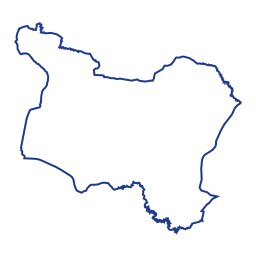 Phon Na Kaeo, Sakon Nakhon, Thailand (Mercator projection)
{"feature_id": "78962969B15613866978457", "entity_name": "Phon Na Kaeo", "entity_type": "district", "adm_level": 2, "iso_a3": "THA", "parent_name": "Thailand", "parent_adm1": "Sakon Nakhon", "projection": "mercator", "projection_center": [104.325, 17.213], "detail": "fine", "context": "isolated", "style": "outline", "palette": "blue", "viewbox_px": 256, "rotation_deg": 0, "n_neighbors": 0, "source": "geoboundaries", "source_scale": "gbopen_adm2", "svg_char_len": 5718}
<svg xmlns="http://www.w3.org/2000/svg" viewBox="0 0 256 256"><path d="M176.4,232.7L177.9,230.4L178.0,229.5L178.4,229.4L178.1,228.8L179.2,228.0L178.9,227.7L179.3,227.7L179.7,226.8L181.1,228.2L181.5,227.7L182.4,228.2L183.0,228.0L184.0,228.9L185.1,229.2L185.8,228.6L186.8,228.6L187.1,228.0L187.6,228.1L188.2,227.6L189.0,228.2L189.7,227.9L190.5,227.2L190.8,225.6L191.7,225.1L192.2,223.6L199.6,221.7L200.5,220.4L202.4,221.0L202.1,218.4L203.4,213.6L203.6,211.5L201.5,211.1L207.2,204.2L208.6,203.6L212.4,199.0L217.3,196.5L210.6,195.1L207.2,192.3L201.3,190.5L199.6,187.7L201.7,179.4L201.2,168.6L202.0,160.3L203.0,157.2L204.8,154.8L211.5,150.6L213.5,149.0L215.4,146.4L215.9,144.8L216.2,140.8L221.2,129.8L224.4,124.2L231.4,115.2L232.9,112.7L233.7,110.4L235.2,107.7L237.1,105.5L240.6,103.1L240.5,102.0L239.8,101.8L238.7,100.6L237.7,100.8L237.7,100.2L237.3,100.0L236.6,100.5L236.0,100.4L235.9,99.0L233.7,97.8L233.1,96.2L231.2,95.9L231.5,95.1L230.8,95.0L231.1,94.5L231.7,94.3L231.5,93.8L231.9,93.1L231.7,92.4L231.9,91.5L232.4,91.3L232.1,90.7L232.4,90.3L232.2,89.2L232.5,88.9L232.4,88.6L231.3,88.5L231.4,87.8L230.9,87.3L230.4,87.5L229.8,86.8L229.8,86.2L229.3,86.4L229.3,85.8L228.6,85.9L227.9,84.1L228.3,83.5L227.8,83.5L228.1,83.1L228.0,82.3L227.3,82.5L226.8,82.0L226.4,82.2L225.4,81.8L225.0,82.8L224.6,81.8L223.7,82.2L223.8,81.6L222.7,80.1L223.0,79.5L222.3,79.4L222.5,78.1L221.8,78.0L221.7,76.9L220.8,76.3L221.2,75.4L220.4,75.4L220.4,74.4L219.6,73.9L219.5,72.7L218.4,71.3L217.1,70.6L217.2,69.1L216.8,68.9L216.8,68.3L216.1,67.8L215.7,66.7L214.5,65.8L213.7,66.1L211.5,65.1L211.0,65.5L210.2,65.1L208.9,65.2L208.6,64.7L208.1,65.1L207.5,65.1L205.0,63.9L204.0,64.1L203.1,63.3L201.9,64.1L200.2,63.4L197.4,63.7L194.4,61.5L193.4,60.4L191.2,59.4L190.0,58.3L183.7,56.6L182.0,56.7L179.4,57.6L176.3,57.6L175.3,58.4L173.4,61.8L170.9,64.6L167.5,65.8L164.6,65.7L162.6,69.1L154.8,73.6L153.9,78.3L152.7,80.7L150.4,80.6L148.7,81.1L144.9,81.5L140.2,81.0L137.0,79.5L131.6,80.6L120.5,78.7L116.1,79.0L114.3,78.2L111.7,78.3L106.6,77.1L104.2,77.2L103.9,76.0L102.6,75.3L94.7,75.0L94.4,74.8L93.9,69.9L95.7,68.5L97.0,68.6L98.1,67.9L99.1,66.4L99.4,65.3L98.6,62.3L95.5,61.3L95.6,60.3L93.3,59.6L90.0,53.8L86.3,53.6L83.2,52.5L82.0,51.5L80.0,51.3L79.3,51.5L78.9,51.0L78.1,51.9L76.8,50.7L74.5,50.1L74.0,50.5L73.5,49.8L73.2,50.1L72.8,49.7L71.7,49.6L71.7,49.2L71.0,49.0L70.8,49.3L70.6,48.8L69.7,48.7L69.6,48.4L68.1,49.1L67.2,48.6L66.3,48.6L66.2,48.2L65.8,48.1L65.5,48.4L64.6,48.1L64.2,48.5L63.5,47.3L62.9,47.7L62.2,47.4L61.9,47.8L61.6,47.2L59.6,47.8L59.2,47.3L60.2,46.0L61.2,42.1L61.9,41.2L61.0,40.5L62.2,38.3L60.4,36.6L56.7,34.3L51.2,32.9L46.1,33.3L44.9,33.1L44.2,32.3L43.3,32.5L42.7,33.0L42.0,32.4L41.0,32.4L41.2,31.9L41.0,30.9L41.2,30.6L40.6,30.1L41.7,29.1L41.2,28.8L41.2,28.3L41.6,28.3L41.1,27.8L41.6,27.6L41.0,27.4L41.4,27.0L41.2,26.2L40.7,26.1L41.1,25.8L40.8,25.5L41.2,24.6L40.3,24.6L39.7,23.3L36.7,24.5L36.7,26.5L35.8,30.0L34.0,29.6L33.3,29.8L32.7,29.5L32.7,29.1L32.3,28.8L31.3,29.0L30.2,28.3L29.2,28.3L28.5,27.7L28.1,26.4L27.3,26.0L23.3,26.9L19.0,28.8L19.0,29.6L18.4,30.2L18.3,31.3L17.6,32.4L16.9,35.0L16.6,37.2L17.0,40.0L16.0,40.8L15.4,41.9L16.3,42.6L17.5,45.4L17.6,48.9L19.9,53.4L20.9,54.2L23.4,53.5L26.0,53.4L27.6,53.9L29.1,54.7L34.2,61.2L35.9,62.4L36.7,63.5L38.8,64.3L41.2,66.9L43.9,69.1L45.3,71.1L46.9,72.3L48.2,76.6L47.9,80.6L47.3,82.3L47.0,84.7L45.5,87.4L43.8,89.0L42.4,90.9L42.0,92.2L41.2,97.0L41.0,102.1L40.6,102.4L40.6,103.3L39.9,104.6L40.4,105.7L40.2,106.7L39.6,107.3L31.2,109.5L30.1,110.1L29.1,112.0L26.7,118.4L21.0,147.7L21.4,148.3L21.1,150.1L22.3,151.3L22.1,154.0L22.8,154.8L24.3,155.6L24.7,157.6L24.4,158.3L35.5,158.8L39.8,159.7L56.0,167.0L61.6,170.2L70.2,175.6L72.1,177.3L73.3,179.2L74.6,185.7L76.3,189.8L77.3,190.9L81.5,192.7L83.6,191.4L86.2,190.6L87.1,188.4L90.2,185.2L92.1,184.7L94.7,184.8L97.9,184.4L102.3,182.8L104.9,182.7L106.7,183.1L108.1,183.0L110.2,185.8L111.4,186.5L112.5,188.4L114.5,189.7L118.0,188.6L118.6,187.5L119.3,188.3L120.1,188.2L120.9,187.2L121.3,187.3L122.4,188.9L122.8,189.0L123.2,188.0L122.4,186.6L123.0,185.9L124.1,185.9L124.2,186.9L124.7,187.2L125.4,186.7L126.6,186.7L127.0,185.9L128.3,186.8L130.8,187.2L131.3,186.5L131.4,185.3L132.7,185.3L132.4,184.3L133.5,181.9L134.7,183.0L136.4,182.9L137.3,183.5L137.9,182.9L139.4,182.9L139.5,183.8L140.1,184.5L139.9,185.7L140.5,186.2L141.1,185.7L142.1,185.9L142.5,186.4L142.3,187.5L144.3,189.5L143.1,191.1L143.3,192.1L142.9,194.7L144.2,195.5L144.4,196.8L143.7,198.5L146.0,199.9L146.8,201.9L146.5,202.4L146.9,202.6L145.1,204.1L144.7,205.3L145.4,206.2L145.0,207.2L146.1,207.7L148.4,206.6L148.5,208.3L149.1,209.0L148.6,209.6L147.3,209.0L146.9,210.6L148.8,210.3L148.5,211.7L149.4,212.0L149.9,213.1L150.2,212.7L150.0,211.7L150.9,211.9L151.1,210.7L151.7,210.8L152.2,211.5L151.7,212.5L152.2,212.8L153.3,212.6L152.8,211.5L153.4,211.0L154.2,211.9L154.1,213.8L154.9,214.1L155.7,213.3L156.1,213.6L156.2,215.0L155.7,215.8L153.9,216.4L153.7,218.1L152.9,217.3L152.5,217.8L152.8,218.3L154.5,219.2L154.8,220.0L155.8,220.6L156.1,220.3L155.8,219.0L156.8,219.3L157.8,220.4L157.0,221.6L157.2,222.1L158.5,222.0L159.3,220.8L159.2,220.1L159.5,219.8L161.1,220.4L161.1,221.8L161.7,222.3L162.1,222.1L162.0,221.3L162.5,221.2L164.1,222.3L164.4,221.0L163.3,220.7L163.8,219.5L165.8,220.6L165.6,219.4L166.6,219.2L166.5,218.4L167.9,218.4L168.0,218.8L167.5,219.9L168.2,220.4L168.1,221.2L169.1,221.0L169.4,221.4L169.2,222.1L168.1,222.2L168.0,222.9L169.2,222.9L169.9,223.3L168.0,224.0L169.4,225.2L169.7,225.9L169.5,226.4L168.2,226.3L168.0,227.3L168.3,228.2L169.4,229.5L170.7,230.0L172.8,229.6L173.4,228.6L173.8,228.8L173.7,229.7L174.5,229.8L174.7,229.7L174.6,228.6L174.9,228.2L175.3,228.3L175.9,229.3L176.9,229.7L175.0,231.4L175.1,232.0L175.9,231.9L176.4,232.7Z" fill="none" stroke="#1e3a8a" stroke-width="2"/></svg>